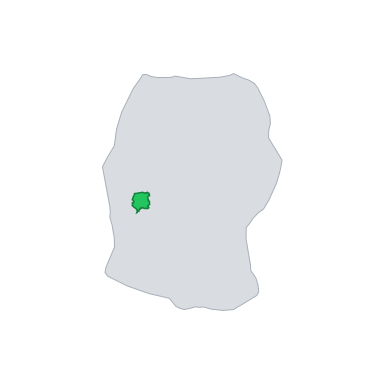 Ratau, Maseru, Lesotho (highlighted), rotated 318°
{"feature_id": "5366337B91346461785811", "entity_name": "Ratau", "entity_type": "district", "adm_level": 2, "iso_a3": "LSO", "parent_name": "Lesotho", "parent_adm1": "Maseru", "projection": "orthographic", "projection_center": [27.776, -29.38], "detail": "fine", "context": "in_parent", "style": "filled", "palette": "green", "viewbox_px": 384, "rotation_deg": 318, "n_neighbors": 0, "source": "geoboundaries", "source_scale": "gbopen_adm2", "svg_char_len": 4641}
<svg xmlns="http://www.w3.org/2000/svg" viewBox="0 0 384 384"><g transform="rotate(318 192 192)"><path d="M243.6,249.5L234.5,252.3L233.2,252.5L227.4,251.8L219.6,252.4L213.5,254.0L208.7,254.6L200.9,262.8L186.8,285.1L183.1,289.8L182.0,298.5L178.7,305.5L174.7,310.9L170.8,312.2L159.1,310.0L144.2,307.2L135.5,300.5L127.7,291.6L123.6,285.2L119.3,281.7L117.9,279.7L111.8,276.7L109.5,275.2L107.4,274.1L104.9,269.8L103.5,266.1L104.0,255.8L99.7,249.6L92.3,239.1L87.5,230.4L81.1,218.7L77.1,208.6L73.0,198.1L73.5,193.6L77.4,190.6L88.7,185.2L97.6,181.1L103.9,173.6L110.8,162.5L114.1,155.7L117.5,152.7L121.1,148.0L127.5,137.5L134.7,125.8L142.4,113.3L152.1,109.7L165.3,105.6L178.1,94.7L193.3,85.5L217.9,75.7L229.3,73.2L233.7,71.8L236.4,73.7L239.3,79.4L243.4,84.3L253.0,92.7L257.1,94.7L266.9,107.1L277.5,115.7L289.7,125.5L298.0,130.5L302.2,131.9L305.6,140.5L309.1,147.0L311.0,153.0L310.5,158.8L306.5,173.0L300.7,187.6L296.1,193.6L290.5,197.3L285.1,203.0L282.9,214.7L280.3,228.5L273.3,234.0L267.8,237.7L260.3,242.2L243.6,249.5Z" fill="#d9dde1" stroke="#a8b0b8" stroke-width="1"/><path d="M149.0,174.9L149.4,174.8L149.4,174.6L149.5,174.4L149.4,174.2L149.5,174.1L149.4,173.9L149.5,173.7L149.4,173.5L149.4,173.4L149.3,173.2L149.5,172.9L149.8,172.7L149.9,172.8L150.0,172.8L150.5,172.8L150.8,172.8L151.0,172.8L151.1,172.7L151.3,172.8L151.5,172.9L151.8,172.9L152.1,172.9L152.4,172.7L152.5,172.5L152.6,172.4L152.7,172.2L152.8,172.0L152.9,171.8L152.9,171.7L153.0,171.6L153.2,171.4L153.3,171.3L153.5,171.2L153.8,170.9L154.0,170.6L154.1,170.4L154.1,170.2L154.0,169.8L153.9,169.7L153.7,169.5L153.6,169.4L153.8,169.2L154.0,169.0L154.2,168.9L154.3,168.8L154.3,168.6L154.4,168.4L154.4,168.2L154.5,167.9L154.5,167.7L155.0,167.3L155.0,166.9L155.1,166.7L155.3,166.5L155.5,166.3L155.7,166.2L155.8,166.2L156.0,166.1L156.4,165.9L156.7,165.9L156.8,165.9L157.2,165.9L157.4,165.9L157.7,166.2L157.8,166.0L158.0,165.9L158.2,166.0L158.3,166.0L158.4,165.8L158.5,165.7L158.5,165.2L158.5,164.9L158.6,164.7L159.0,164.3L159.2,164.2L159.2,163.9L158.9,163.7L158.7,163.6L158.4,163.5L158.4,163.4L158.5,163.3L158.5,163.2L158.5,162.8L158.6,162.7L158.6,162.3L158.6,162.2L158.6,161.7L158.5,161.9L158.5,162.0L158.4,162.1L158.4,162.3L158.1,162.3L157.8,162.4L157.6,162.4L157.3,162.0L157.0,161.7L156.9,161.5L156.7,161.4L156.4,161.4L156.3,161.2L156.0,161.2L155.9,160.7L155.7,160.5L155.5,160.1L155.4,159.8L155.3,159.5L155.2,159.3L155.0,159.1L152.5,157.5L150.7,156.4L149.8,155.8L149.2,155.4L148.9,155.1L148.6,154.9L148.2,154.7L148.1,154.8L147.8,155.1L147.6,155.3L147.4,155.4L147.2,155.5L146.8,155.7L146.5,155.8L146.3,155.8L146.0,155.9L145.9,156.0L145.7,156.1L145.5,156.3L145.4,156.3L145.1,156.4L144.9,156.4L144.7,156.6L144.3,156.7L143.9,157.0L143.6,157.1L143.4,157.2L143.3,157.3L143.0,157.4L142.8,157.6L142.5,157.7L142.4,157.8L142.4,158.1L142.5,158.3L142.7,158.6L142.8,158.7L142.8,158.8L142.6,159.3L142.6,159.5L142.5,159.8L142.4,160.1L142.3,160.3L142.3,160.5L142.2,160.6L141.9,160.8L141.7,160.8L141.6,160.6L141.5,160.4L141.4,160.4L141.2,160.5L141.1,160.4L140.9,160.4L140.7,160.3L140.7,160.5L140.4,160.7L140.1,160.6L140.0,160.9L139.9,161.1L139.8,161.3L139.5,161.3L139.4,161.4L139.3,161.5L139.2,161.6L139.1,161.8L138.7,162.0L138.8,162.1L138.7,162.2L138.8,162.3L138.7,162.4L138.7,162.5L138.6,162.8L138.7,163.1L138.7,163.3L138.7,163.5L138.7,163.8L138.7,164.0L138.7,164.4L138.7,164.5L138.8,164.6L138.8,164.9L138.9,165.1L138.9,165.3L138.9,165.5L139.0,165.6L139.1,165.9L139.1,166.0L139.2,166.4L139.3,166.6L139.3,166.8L139.3,167.0L139.3,167.3L139.2,168.4L139.1,168.6L139.0,168.8L138.8,169.0L138.8,169.3L138.9,169.2L139.1,169.2L139.0,169.4L138.9,169.5L138.7,169.6L138.8,169.8L138.6,169.9L138.3,169.9L138.2,170.0L137.8,170.0L137.7,170.0L137.4,170.2L137.5,170.2L137.8,170.2L137.8,170.3L138.0,170.2L138.2,170.3L138.4,170.3L138.6,170.3L138.8,170.3L138.9,170.2L139.1,170.2L139.3,170.1L139.5,170.3L139.5,170.5L139.8,170.7L140.0,170.5L140.0,170.4L140.3,170.3L140.5,170.2L140.4,170.1L140.5,170.0L140.8,170.1L141.0,170.0L141.2,169.9L141.3,169.9L141.5,169.8L141.8,169.8L142.0,169.9L142.1,169.7L142.3,169.6L142.5,169.6L142.8,169.5L142.7,169.7L142.7,169.8L142.8,169.9L142.8,170.0L143.1,169.9L143.1,170.0L143.3,170.1L143.5,170.2L143.8,170.0L143.7,170.1L143.7,170.3L143.8,170.4L144.0,170.5L144.3,170.4L144.5,170.4L144.6,170.6L144.8,170.6L145.0,170.9L145.1,171.0L145.2,171.3L145.2,171.7L145.3,171.8L145.4,172.0L145.5,172.3L145.8,172.5L146.0,172.7L146.1,172.8L146.3,172.9L146.5,172.9L146.7,173.0L146.8,173.2L146.9,173.4L146.9,173.5L147.0,173.8L147.1,174.0L147.3,174.1L147.6,174.4L147.9,174.4L148.0,174.4L148.1,174.5L148.3,174.5L148.5,174.6L148.8,174.8L149.0,174.9Z" fill="#22c55e" stroke="#15803d" stroke-width="1.5"/></g></svg>